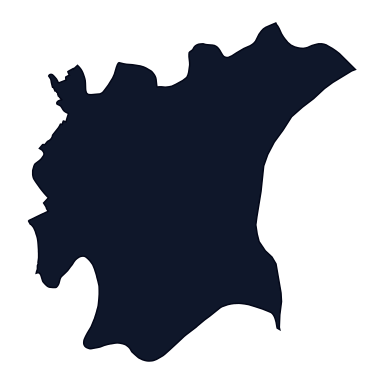 outline of Thai Thuy, Thái Bình, Vietnam
{"feature_id": "81297802B86878375688696", "entity_name": "Thai Thuy", "entity_type": "district", "adm_level": 2, "iso_a3": "VNM", "parent_name": "Vietnam", "parent_adm1": "Thái Bình", "projection": "natural_earth1", "projection_center": [106.487, 20.541], "detail": "fine", "context": "isolated", "style": "filled", "palette": "ink", "viewbox_px": 384, "rotation_deg": 0, "n_neighbors": 0, "source": "geoboundaries", "source_scale": "gbopen_adm2", "svg_char_len": 5555}
<svg xmlns="http://www.w3.org/2000/svg" viewBox="0 0 384 384"><path d="M36.2,273.2L37.5,272.8L38.3,272.8L39.0,272.9L39.6,273.3L40.1,273.9L40.7,274.8L41.0,275.6L41.5,277.2L42.5,280.5L42.8,281.3L43.3,282.1L44.7,283.7L46.2,285.2L47.5,286.3L48.1,286.6L48.6,286.9L49.6,287.2L52.8,287.5L55.4,287.5L56.2,287.3L56.7,286.9L57.2,286.3L57.7,285.7L58.4,284.5L58.9,283.4L60.0,279.2L60.5,278.0L60.9,277.2L62.1,275.9L63.3,274.8L65.3,272.9L67.6,270.6L69.4,268.2L70.1,267.2L72.2,264.6L73.8,262.0L75.0,260.4L75.5,259.8L77.1,258.4L78.9,257.2L79.8,256.7L80.6,256.5L81.3,256.3L82.5,256.1L83.2,256.1L84.0,256.2L84.7,256.4L85.5,256.7L87.5,258.3L89.7,260.5L91.3,262.6L92.7,264.6L93.9,267.4L94.6,269.2L95.4,271.8L95.7,272.6L96.6,275.7L96.9,277.2L98.0,281.3L99.0,285.7L99.1,287.1L99.2,290.4L99.2,294.3L98.9,299.0L98.4,304.0L98.2,305.6L97.7,307.9L97.2,309.4L96.7,311.5L95.7,314.9L95.2,316.3L94.6,318.4L93.9,320.0L92.5,323.5L91.5,325.9L91.1,326.8L90.0,328.7L88.7,330.8L87.4,333.0L85.6,336.4L84.6,338.6L84.0,340.2L83.8,341.5L83.7,342.9L83.8,343.8L84.0,344.6L84.5,345.6L84.9,346.2L85.6,346.9L86.4,347.4L87.1,347.8L89.1,348.5L89.9,348.7L90.8,348.7L91.8,348.6L92.6,348.4L95.9,347.8L97.6,347.5L99.0,347.2L100.3,346.9L104.1,345.4L107.7,344.4L110.1,343.9L111.6,343.7L115.0,343.1L116.2,343.0L117.4,342.9L119.7,343.1L121.6,343.5L123.0,343.8L125.3,344.6L126.3,345.2L128.5,346.9L129.9,348.4L130.5,349.4L131.8,351.7L134.5,354.2L137.7,357.0L139.0,358.0L140.7,358.8L142.5,359.7L145.1,360.5L147.2,360.9L149.1,361.0L151.9,360.8L153.1,360.6L154.6,360.1L156.6,359.3L160.3,357.2L163.0,355.6L164.9,354.1L169.6,349.9L177.3,342.8L184.1,336.4L186.3,334.6L196.0,327.2L197.5,325.8L204.7,319.8L210.0,315.9L218.7,308.9L220.5,307.5L222.1,306.6L227.8,304.6L231.1,303.9L233.9,303.5L238.8,303.3L241.4,303.5L244.7,303.9L248.7,304.6L254.9,306.5L262.3,308.9L268.3,311.3L271.1,312.5L272.4,313.6L273.4,314.9L274.4,316.7L275.2,318.8L276.1,322.1L276.9,326.8L277.2,328.1L279.8,329.6L279.3,327.4L279.8,314.9L281.5,301.6L281.0,292.9L276.0,263.9L272.0,257.1L265.3,250.8L259.1,241.6L257.2,234.1L255.8,224.9L256.9,216.7L261.0,191.5L263.7,165.9L267.7,154.6L274.2,142.2L283.1,130.0L291.6,116.7L302.5,107.1L313.5,98.7L324.5,88.5L332.8,82.4L351.7,70.9L355.4,69.5L339.4,53.6L335.9,50.9L332.4,48.5L328.5,46.3L326.1,44.9L323.9,44.2L321.6,43.8L318.7,43.8L317.2,44.1L314.5,44.8L311.8,45.6L307.6,47.5L305.6,48.0L303.2,48.4L300.1,48.2L297.9,47.8L294.6,46.9L290.9,45.1L287.7,42.4L286.7,41.1L285.1,39.2L283.4,36.9L281.5,33.8L279.2,28.7L277.8,26.2L276.5,24.5L275.8,23.0L269.7,25.6L265.8,27.3L263.4,28.9L261.4,31.0L259.0,34.3L255.6,41.1L254.2,42.8L252.5,44.3L250.1,45.8L243.9,48.5L236.6,52.8L232.0,55.8L228.2,57.5L226.6,57.5L225.0,57.1L223.8,56.5L222.6,55.1L221.2,52.8L219.9,50.5L218.4,48.4L216.9,46.9L215.8,46.2L214.4,45.5L212.3,45.1L208.2,44.8L206.3,44.6L204.7,44.3L204.3,44.1L203.6,43.9L202.8,43.8L200.2,44.0L198.8,44.2L198.1,44.4L196.7,45.0L195.3,45.9L194.1,47.2L192.7,49.7L191.6,50.6L189.9,51.8L189.2,52.6L189.0,54.1L189.0,56.8L189.6,62.2L189.7,64.9L188.7,72.2L188.0,74.8L187.0,77.0L186.4,77.7L182.8,80.5L175.7,84.4L171.9,86.2L169.0,86.8L165.4,87.2L161.3,86.8L158.9,86.8L157.7,87.1L157.2,86.9L157.0,86.6L156.7,85.3L156.1,79.6L155.8,78.0L155.2,76.4L154.5,75.1L153.4,73.5L151.8,71.6L150.9,70.9L146.1,68.1L143.7,67.0L140.4,66.0L134.9,65.1L132.1,64.7L126.6,64.3L123.7,63.8L119.1,62.7L118.5,63.0L118.3,63.2L117.5,64.5L117.1,65.4L116.8,66.4L116.5,67.0L114.4,74.2L112.7,78.0L108.3,85.1L106.9,87.0L104.5,90.2L102.9,92.2L102.0,92.9L100.1,93.9L91.2,94.7L89.2,94.6L88.1,94.4L87.2,93.7L86.6,93.2L86.2,92.1L85.8,90.8L85.6,89.2L85.4,83.1L85.2,80.6L84.8,78.7L84.3,77.0L83.5,74.6L82.7,72.5L81.7,70.5L80.6,68.8L79.2,67.1L77.5,65.4L73.5,69.1L73.2,68.6L68.5,71.2L67.9,71.6L67.9,71.9L69.0,74.4L69.4,75.1L65.9,76.9L65.7,77.4L65.8,78.7L66.0,80.1L59.3,82.7L58.8,82.8L58.6,82.8L58.3,82.6L57.4,80.7L56.5,79.1L54.9,77.2L53.6,75.8L52.6,74.9L52.3,74.7L51.6,74.4L50.4,74.4L49.9,74.6L49.4,74.9L49.0,75.4L48.7,76.0L49.7,77.5L50.6,78.9L50.8,79.4L51.1,80.7L51.4,82.6L52.5,87.1L52.6,87.3L52.8,87.3L53.4,87.3L54.2,89.0L55.0,91.0L56.1,91.1L56.9,92.4L57.6,92.9L58.0,93.1L57.8,93.7L57.7,94.0L58.3,95.8L58.4,96.1L59.0,96.3L59.5,97.2L61.7,99.6L61.8,99.7L61.8,99.8L60.4,100.1L59.5,100.4L58.4,100.9L57.6,101.5L57.0,102.3L56.8,102.8L56.8,103.4L56.9,103.8L57.2,104.2L59.1,105.1L60.4,105.8L61.0,106.4L61.9,107.8L63.0,109.6L63.7,110.6L64.5,111.3L65.5,112.0L67.2,112.9L68.4,113.4L68.5,113.5L67.1,117.9L66.0,121.8L65.3,121.7L63.6,121.0L63.4,121.1L63.2,121.2L62.2,124.5L60.9,124.1L60.4,124.2L59.4,126.2L58.4,127.8L56.9,129.7L53.8,133.6L52.6,135.2L52.3,136.7L51.6,138.1L50.6,139.4L49.4,140.4L47.5,141.4L44.7,144.8L43.1,144.5L42.7,144.6L42.3,145.0L39.4,148.4L41.0,149.4L41.8,149.9L42.5,150.6L43.0,151.3L43.6,152.2L43.8,152.9L44.0,153.5L44.0,154.3L43.9,154.7L43.4,155.9L42.3,157.4L41.7,158.3L41.2,158.9L40.4,159.7L39.4,160.6L35.7,163.4L34.9,164.1L34.6,164.6L34.3,165.2L33.9,166.2L32.8,170.1L32.7,170.8L32.7,172.5L32.7,174.7L32.8,175.3L33.1,176.9L33.5,178.2L34.0,179.2L35.4,181.4L37.0,183.7L40.2,188.2L42.0,190.5L44.2,193.2L45.8,195.0L47.4,196.7L48.5,197.7L45.4,201.1L43.6,203.0L46.0,206.8L46.6,208.7L48.2,211.3L41.5,214.4L29.3,220.3L29.1,220.4L28.6,221.0L28.7,221.3L29.4,222.6L30.2,223.9L30.3,224.2L30.9,224.5L31.3,224.7L32.0,225.5L33.0,226.7L33.8,227.9L34.1,228.6L35.2,231.0L36.2,234.3L36.9,236.3L37.4,238.3L37.6,239.5L37.9,241.5L38.2,245.1L38.5,249.8L38.5,251.4L38.6,253.2L38.6,257.5L38.5,258.6L38.0,262.4L38.1,263.1L38.2,263.6L37.8,264.6L37.4,265.7L37.4,266.2L37.4,268.8L37.3,269.4L37.2,269.8L36.7,271.1L36.4,272.3L36.2,273.2Z" fill="#0f172a" stroke="#020617" stroke-width="1.5"/></svg>